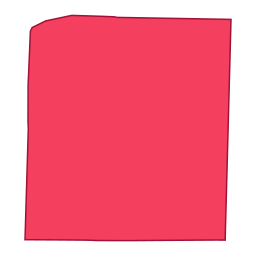 the district of Fayette, Tennessee, United States of America
{"feature_id": "52423323B86424015189760", "entity_name": "Fayette", "entity_type": "district", "adm_level": 2, "iso_a3": "USA", "parent_name": "United States of America", "parent_adm1": "Tennessee", "projection": "orthographic", "projection_center": [-89.459, 35.199], "detail": "fine", "context": "isolated", "style": "filled", "palette": "rose", "viewbox_px": 256, "rotation_deg": 0, "n_neighbors": 0, "source": "geoboundaries", "source_scale": "gbopen_adm2", "svg_char_len": 387}
<svg xmlns="http://www.w3.org/2000/svg" viewBox="0 0 256 256"><path d="M225.2,240.1L225.4,230.6L231.0,19.4L117.2,17.4L114.1,16.8L101.3,16.3L71.7,15.4L45.7,20.9L32.2,27.5L30.4,31.2L28.1,85.3L28.0,122.1L28.3,128.7L25.0,239.7L60.5,239.9L84.7,240.1L92.5,240.3L95.6,240.5L118.9,240.6L132.0,240.6L155.8,240.4L216.6,240.0L225.2,240.1Z" fill="#f43f5e" stroke="#9f1239" stroke-width="1.5"/></svg>